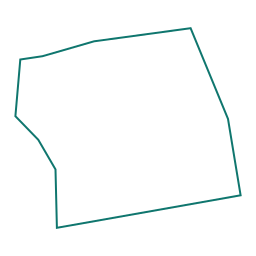 the border of Al Farwaniyah
{"feature_id": "KWT-1664", "entity_name": "Al Farwaniyah", "entity_type": "Province", "adm_level": 1, "iso_a3": "KWT", "parent_name": "Kuwait", "parent_adm1": "", "projection": "robinson", "projection_center": [47.917, 29.258], "detail": "fine", "context": "isolated", "style": "outline", "palette": "teal", "viewbox_px": 256, "rotation_deg": 0, "n_neighbors": 0, "source": "natural_earth", "source_scale": "10m", "svg_char_len": 257}
<svg xmlns="http://www.w3.org/2000/svg" viewBox="0 0 256 256"><path d="M42.5,56.2L94.1,41.3L190.6,28.2L210.4,76.2L228.0,118.9L240.6,195.3L56.9,227.8L55.5,169.4L38.3,139.8L15.4,116.2L20.3,59.5L42.5,56.2Z" fill="none" stroke="#0f766e" stroke-width="2"/></svg>